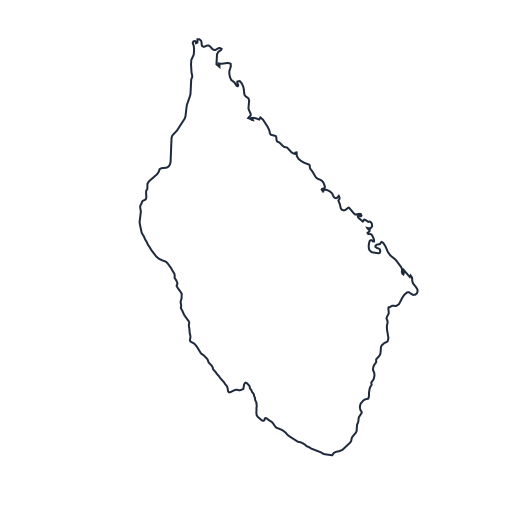 Cabo Delgado, Equal Earth projection, rotated 319°
{"feature_id": "MOZ-1198", "entity_name": "Cabo Delgado", "entity_type": "Province", "adm_level": 1, "iso_a3": "MOZ", "parent_name": "Mozambique", "parent_adm1": "", "projection": "equal_earth", "projection_center": [39.387, -12.31], "detail": "fine", "context": "isolated", "style": "outline", "palette": "slate", "viewbox_px": 512, "rotation_deg": 319, "n_neighbors": 0, "source": "natural_earth", "source_scale": "10m", "svg_char_len": 6119}
<svg xmlns="http://www.w3.org/2000/svg" viewBox="0 0 512 512"><g transform="rotate(319 256 256)"><path d="M249.5,131.0L251.5,130.2L253.4,128.8L269.5,111.7L270.8,110.7L272.3,110.1L278.6,109.5L292.4,105.5L294.4,104.3L302.7,96.8L311.2,91.9L312.7,90.9L323.0,80.2L325.3,79.1L326.3,77.8L327.8,75.1L332.7,68.7L335.8,65.6L341.1,63.2L344.1,60.3L346.7,56.9L348.0,53.7L349.4,53.0L350.7,53.4L351.2,54.5L350.3,56.0L351.8,56.5L354.0,54.0L355.4,55.2L355.8,57.5L354.9,59.3L353.7,60.8L353.1,62.0L353.7,63.8L355.2,64.5L356.9,65.0L358.2,65.8L358.8,67.5L358.9,71.3L359.5,73.0L360.7,73.9L363.9,74.5L365.2,75.3L365.9,77.1L364.7,77.6L361.5,77.2L358.9,78.2L351.9,85.4L352.5,89.3L353.6,88.0L354.2,86.3L355.8,88.1L361.5,91.9L363.0,94.2L361.5,96.3L357.0,99.1L355.5,100.9L353.8,103.7L352.8,106.8L353.6,110.9L353.0,114.8L353.6,115.9L354.6,115.5L355.6,112.8L356.4,112.1L358.5,113.3L358.5,116.4L357.4,120.0L356.1,122.3L353.5,126.0L353.0,127.2L352.9,128.6L353.6,131.4L353.6,132.5L352.6,134.4L347.1,139.7L346.5,141.1L345.3,145.0L344.6,146.1L343.6,146.6L341.6,146.6L340.6,146.8L341.5,148.4L342.2,150.6L342.8,151.4L343.4,149.1L344.7,150.1L346.0,151.7L347.1,153.5L347.9,155.1L350.2,154.3L350.7,157.8L349.6,165.8L348.7,169.2L348.1,170.7L347.1,172.2L346.7,174.0L347.7,175.7L348.9,177.2L349.6,178.6L349.1,179.8L347.2,182.6L347.1,183.6L347.9,185.2L348.2,186.5L348.4,190.0L348.8,192.2L350.3,194.1L350.6,194.7L350.8,200.8L351.3,202.7L352.3,204.4L353.0,203.9L353.5,203.8L354.6,204.4L352.4,207.4L351.8,210.6L352.4,213.9L353.5,217.2L356.0,221.8L356.0,222.9L354.7,224.6L354.2,225.7L354.0,229.3L353.0,234.6L352.8,236.2L353.2,238.1L354.7,241.1L355.1,242.9L355.0,244.8L354.3,247.0L353.4,249.0L352.3,249.8L349.9,248.7L349.1,249.0L348.9,251.3L350.9,250.7L352.7,252.4L354.0,255.3L354.5,258.1L354.3,259.6L353.8,261.0L353.4,262.4L353.7,264.1L354.4,265.0L355.5,265.3L357.9,264.9L357.6,266.0L357.2,267.0L356.5,267.6L354.6,268.2L354.1,269.3L353.4,271.6L351.3,275.6L351.1,277.5L352.2,279.2L353.1,279.7L354.1,279.9L357.5,280.1L357.9,280.6L357.8,288.2L358.1,289.8L358.9,290.5L359.8,290.8L362.2,292.4L362.6,293.3L362.1,294.7L361.2,294.9L359.9,292.7L359.0,292.7L358.4,293.8L358.5,295.2L359.2,300.1L359.9,300.1L360.8,299.5L361.7,299.6L362.3,300.7L363.0,303.6L363.4,304.2L364.4,304.5L364.8,305.5L364.8,306.7L364.5,307.9L363.2,309.7L361.4,310.2L359.7,309.6L358.4,307.9L358.3,308.8L358.4,309.9L358.7,310.8L358.9,310.9L357.7,311.9L355.4,311.7L355.0,312.5L355.5,313.4L356.5,314.3L357.3,315.6L356.9,317.7L356.0,320.6L354.8,322.4L354.6,322.5L353.8,321.5L353.9,320.6L353.6,319.9L352.7,319.3L352.0,319.2L351.5,319.3L349.1,321.0L347.5,322.5L346.1,324.4L345.5,326.0L345.6,328.1L346.0,329.3L350.2,334.3L351.4,334.8L352.7,334.2L353.8,332.3L353.4,330.7L352.5,329.2L352.1,327.5L352.8,326.7L354.1,326.6L355.4,327.1L356.4,327.8L357.5,328.3L358.9,327.8L360.1,327.8L360.6,329.7L360.1,333.3L358.1,339.7L357.8,343.3L358.0,345.3L358.7,349.0L358.9,350.9L358.3,359.2L357.8,361.4L356.8,362.6L355.6,363.7L354.9,365.3L355.1,366.6L356.2,366.0L358.3,363.8L358.3,372.8L359.9,372.1L359.6,374.6L357.1,378.1L356.5,379.9L356.3,384.7L355.9,387.0L354.9,388.6L353.1,389.7L350.9,389.7L349.0,388.4L348.2,386.0L347.6,383.6L346.2,382.6L342.3,382.6L339.2,383.4L332.5,386.1L329.1,385.7L328.0,384.8L327.2,383.8L326.2,382.9L323.2,382.3L322.7,381.8L322.3,381.7L321.3,382.6L319.3,385.5L318.5,386.4L315.0,387.8L313.5,388.8L312.4,391.7L311.3,392.9L308.9,394.6L306.7,397.3L302.1,404.8L299.4,406.7L298.4,406.7L295.8,405.9L292.4,405.9L290.7,406.6L286.0,411.2L284.4,412.0L282.9,412.4L279.5,412.7L278.7,413.0L277.0,415.0L273.6,415.8L272.3,416.4L270.9,417.4L269.6,418.6L268.5,421.9L267.1,423.8L265.2,425.3L263.6,426.3L260.5,427.0L259.7,427.4L258.9,428.9L258.2,429.3L256.6,429.7L254.7,430.7L251.8,433.1L249.0,436.2L247.1,437.3L244.1,435.7L242.0,435.5L238.4,436.0L236.6,437.0L235.0,438.5L233.8,440.6L233.4,443.2L232.6,443.8L227.7,445.2L224.2,448.4L221.6,449.6L217.1,454.1L215.6,454.8L210.1,455.7L208.9,456.2L206.2,458.2L204.3,458.6L194.0,459.0L190.8,457.9L187.7,456.2L185.3,455.7L182.8,456.4L177.9,450.8L176.7,448.8L176.5,447.6L176.1,446.6L171.2,437.3L170.7,435.0L169.6,433.2L169.4,432.5L169.1,430.0L168.0,427.0L167.2,425.5L166.0,424.1L165.6,423.2L163.1,414.7L162.6,412.6L162.4,411.2L162.5,408.8L161.8,405.5L161.4,404.2L160.2,401.7L159.0,399.5L158.7,398.8L158.6,397.3L159.1,393.2L159.0,391.2L158.5,390.0L158.0,388.2L157.5,385.6L157.1,384.8L156.7,384.4L155.8,384.6L154.7,385.4L153.8,385.4L153.0,384.8L152.7,384.2L152.5,383.3L151.8,378.6L152.0,376.9L152.3,376.2L153.6,374.3L155.3,372.6L156.8,370.8L157.9,370.0L160.1,366.9L160.8,364.5L161.2,363.6L162.1,362.5L162.8,360.3L163.6,359.0L163.8,357.9L163.8,356.0L164.4,354.6L164.6,352.2L164.7,351.7L165.5,350.5L165.7,350.0L165.8,349.1L165.7,346.1L165.4,345.2L165.1,344.8L164.1,344.7L162.8,345.1L159.4,347.9L159.1,348.0L156.9,347.3L155.6,346.7L154.6,345.6L153.9,344.4L153.1,343.8L151.3,343.0L147.1,341.9L146.6,341.6L146.1,340.9L146.2,339.8L148.0,336.8L148.6,335.1L148.7,332.2L149.0,330.5L149.0,329.2L148.9,325.6L148.9,324.5L149.2,322.5L149.1,319.6L149.4,316.8L149.3,314.7L149.3,313.6L149.5,312.8L150.1,312.0L150.4,310.9L150.6,309.5L150.4,305.6L150.5,305.0L151.5,302.5L151.6,301.7L151.4,296.7L150.8,294.7L150.6,293.2L151.7,286.7L151.9,284.8L152.0,283.0L151.8,281.2L150.5,277.9L150.5,277.0L150.7,276.4L153.5,274.0L154.1,273.2L155.5,270.5L157.8,267.5L159.3,264.9L160.3,263.8L161.7,262.7L162.1,262.1L162.4,261.1L163.0,254.3L163.4,252.4L164.6,248.5L165.2,245.8L166.7,244.7L167.7,243.3L168.6,241.6L169.2,241.0L172.2,239.0L175.2,235.7L175.6,233.0L175.9,229.2L176.4,226.5L178.4,225.4L179.0,224.6L179.8,222.1L180.3,218.9L181.6,217.7L182.8,215.8L183.3,212.2L183.9,210.1L184.4,204.5L184.4,201.6L183.1,198.9L182.3,197.7L181.4,195.4L180.9,194.3L180.5,191.7L180.4,190.7L180.9,182.9L181.5,179.7L181.9,176.3L182.7,174.0L183.2,170.8L184.2,167.7L184.8,164.1L185.1,163.2L188.3,157.4L190.3,154.1L198.4,146.8L200.2,143.7L201.5,142.2L204.0,141.3L205.6,140.3L206.5,140.1L209.3,140.8L210.2,140.8L211.7,139.8L215.0,135.6L216.0,134.7L217.8,134.2L219.2,132.8L221.4,130.3L224.2,129.4L234.9,129.4L237.7,128.7L240.3,127.2L242.2,127.7L245.6,130.1L247.3,131.0L249.5,131.0Z" fill="none" stroke="#1e293b" stroke-width="2"/></g></svg>